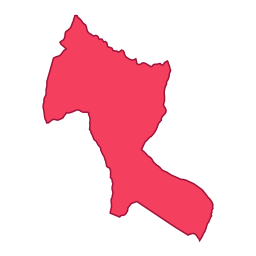 Pereira Barreto, São Paulo, Brazil (Equal Earth projection)
{"feature_id": "56859067B20546049019920", "entity_name": "Pereira Barreto", "entity_type": "district", "adm_level": 2, "iso_a3": "BRA", "parent_name": "Brazil", "parent_adm1": "São Paulo", "projection": "equal_earth", "projection_center": [-51.113, -20.683], "detail": "fine", "context": "isolated", "style": "filled", "palette": "rose", "viewbox_px": 256, "rotation_deg": 0, "n_neighbors": 0, "source": "geoboundaries", "source_scale": "gbopen_adm2", "svg_char_len": 3824}
<svg xmlns="http://www.w3.org/2000/svg" viewBox="0 0 256 256"><path d="M110.2,213.1L119.6,217.0L121.0,215.6L122.0,215.4L123.6,215.2L125.0,214.6L126.0,213.4L127.4,211.2L127.8,209.3L127.9,207.9L128.8,206.7L129.8,205.5L130.8,204.0L132.1,203.2L134.0,202.5L135.7,201.9L137.0,201.6L161.5,218.0L175.3,227.2L188.2,235.1L189.9,234.1L191.2,233.9L192.3,233.4L193.7,233.6L194.8,233.9L196.3,235.1L197.7,237.3L199.0,238.9L199.6,240.6L201.1,238.4L202.4,235.9L203.8,233.0L204.8,231.5L206.2,227.8L206.8,225.4L207.5,223.3L208.5,222.5L209.3,220.5L210.4,217.7L211.6,215.9L211.0,213.8L211.9,212.6L211.7,210.4L212.9,208.6L212.6,206.7L212.9,204.6L212.0,202.3L209.9,199.1L208.1,197.4L206.0,194.5L203.5,191.4L201.9,189.6L194.0,183.9L186.1,180.2L183.2,179.4L181.8,179.5L180.1,179.0L176.0,177.1L174.6,176.5L171.6,175.2L169.0,173.7L166.9,172.2L162.6,170.4L161.4,169.3L160.3,167.9L158.7,166.4L156.9,165.2L155.2,163.8L153.5,161.9L152.6,160.5L151.5,158.6L150.6,157.7L147.7,155.7L145.9,153.6L144.1,151.8L141.5,149.7L142.9,146.6L144.5,143.2L145.0,142.0L146.5,140.7L147.4,139.7L148.8,138.2L150.0,137.0L151.1,136.5L152.8,134.6L154.2,132.9L155.2,131.3L156.5,128.9L157.3,126.9L157.9,124.9L158.9,122.9L160.0,121.7L161.2,120.4L161.4,118.5L162.2,116.6L163.7,115.1L164.8,113.8L165.8,112.4L166.1,110.3L165.6,109.0L165.1,107.7L164.0,106.4L163.5,104.7L163.8,103.1L164.5,100.8L164.5,98.9L164.5,96.1L164.2,93.9L164.2,91.8L164.9,87.8L165.6,86.1L166.6,84.0L166.5,82.1L167.9,79.7L168.6,78.1L169.2,75.7L169.4,73.7L170.1,71.9L170.6,70.2L169.9,68.4L169.5,66.4L168.5,63.8L168.2,62.4L167.4,61.0L165.9,61.8L164.9,62.3L163.8,63.7L162.6,65.2L161.5,64.9L160.2,63.5L158.5,63.8L156.7,64.3L154.6,64.2L153.2,64.9L152.4,66.0L151.1,66.7L149.9,66.1L148.6,65.2L146.9,64.3L145.4,63.3L143.7,62.9L142.2,63.0L140.7,64.2L139.3,64.5L138.0,64.5L136.7,63.2L136.4,61.0L135.8,58.8L134.2,59.6L132.3,60.2L130.7,59.7L129.1,58.9L127.4,57.9L125.7,56.6L124.5,54.1L124.1,52.3L123.4,50.9L121.6,50.0L120.1,51.3L118.2,52.1L117.0,51.1L115.3,51.0L113.1,50.6L112.0,48.2L110.1,47.4L108.6,47.2L107.4,46.2L107.3,44.2L106.7,42.7L105.4,41.5L103.7,41.8L102.8,40.6L102.1,39.2L100.7,39.0L99.0,39.3L98.2,36.9L96.7,35.6L95.5,35.4L94.0,36.0L92.9,35.7L91.6,34.7L89.8,33.6L88.8,33.0L87.6,31.5L86.9,29.6L86.5,27.4L85.8,25.3L84.6,24.1L83.5,23.6L82.5,22.3L80.9,20.0L79.2,18.3L78.0,17.6L77.3,15.9L76.1,15.4L74.7,15.8L74.5,17.4L73.8,18.8L73.3,21.2L72.4,23.1L71.7,25.0L70.8,27.3L69.5,28.8L67.5,30.5L65.9,31.5L65.1,33.5L65.1,35.1L64.8,36.6L64.4,38.1L63.5,39.9L62.1,40.6L59.9,42.2L61.0,44.2L66.3,48.9L65.4,49.5L64.3,50.1L63.2,51.4L61.1,54.4L59.5,55.6L58.0,56.3L56.5,56.7L55.1,57.2L53.5,58.1L46.9,81.5L46.9,84.3L46.9,86.2L46.4,88.0L46.1,89.8L46.1,92.4L46.0,94.7L45.1,96.6L44.3,98.1L43.9,100.2L44.0,102.3L43.4,103.8L43.2,105.6L43.1,107.4L43.6,109.6L44.0,111.7L44.1,113.1L44.3,114.5L44.5,116.1L44.8,117.8L45.2,119.3L46.3,121.3L46.6,122.9L48.3,122.9L49.8,121.7L51.9,120.1L53.0,119.4L54.9,119.5L57.1,120.1L58.5,120.0L60.0,119.2L61.1,118.8L62.4,118.3L63.3,117.4L64.1,115.9L65.5,114.3L66.3,112.9L68.9,113.0L70.4,112.6L71.9,112.0L73.0,111.7L75.9,110.3L77.1,109.9L78.4,110.0L79.8,110.5L81.1,111.4L82.9,112.2L84.6,112.2L86.7,112.2L88.6,112.5L88.5,114.3L89.6,116.7L90.0,118.9L90.1,120.9L89.7,123.2L90.0,125.5L89.8,127.4L89.5,129.3L90.8,131.1L91.1,133.0L91.8,134.1L92.7,136.1L93.4,138.1L94.1,139.6L96.3,141.5L97.6,144.0L98.6,145.6L99.7,146.7L100.7,148.3L100.7,149.9L101.6,151.9L102.6,154.3L103.8,156.0L104.3,157.3L104.7,158.7L105.3,160.4L105.9,162.2L106.3,164.5L106.7,166.4L108.1,167.5L109.7,168.0L110.3,170.2L110.7,172.0L110.5,173.9L110.6,175.8L110.4,177.4L111.3,178.6L112.3,180.0L112.1,181.4L113.0,183.2L112.7,184.8L112.1,186.9L112.1,189.1L112.6,191.2L113.0,193.2L112.4,195.2L112.1,197.4L111.2,199.2L111.2,200.9L111.2,202.5L111.5,204.2L111.5,206.7L111.0,209.2L110.4,211.4L110.2,213.1Z" fill="#f43f5e" stroke="#9f1239" stroke-width="1.5"/></svg>